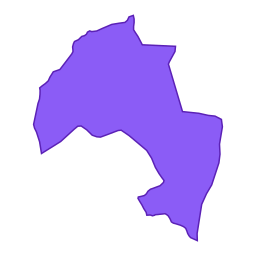 outline of Yaloké, Ombella-M'Poko, Central African Republic
{"feature_id": "33826404B87944665241134", "entity_name": "Yaloké", "entity_type": "district", "adm_level": 2, "iso_a3": "CAF", "parent_name": "Central African Republic", "parent_adm1": "Ombella-M'Poko", "projection": "natural_earth1", "projection_center": [16.962, 5.38], "detail": "fine", "context": "isolated", "style": "filled", "palette": "violet", "viewbox_px": 256, "rotation_deg": 0, "n_neighbors": 0, "source": "geoboundaries", "source_scale": "gbopen_adm2", "svg_char_len": 1478}
<svg xmlns="http://www.w3.org/2000/svg" viewBox="0 0 256 256"><path d="M41.5,153.5L60.7,141.5L74.3,129.1L77.8,126.2L81.2,126.0L86.7,129.8L92.2,135.2L96.8,136.8L100.5,137.1L105.7,135.2L118.1,130.5L121.2,130.2L129.1,135.6L146.7,150.4L151.6,158.2L155.4,167.4L159.1,173.7L161.9,177.7L164.0,180.5L163.5,182.4L160.1,185.7L152.3,188.6L150.5,189.2L148.0,191.2L146.3,193.9L144.4,195.5L141.5,196.3L138.3,197.0L138.0,198.4L140.1,202.0L141.9,204.9L143.8,208.6L146.2,212.4L146.8,215.2L150.3,215.0L152.5,215.8L154.7,215.2L155.2,214.7L158.0,214.5L159.4,214.3L162.6,214.0L165.1,213.7L166.5,214.5L168.1,215.7L169.9,218.5L171.4,221.9L173.3,223.1L175.9,223.8L180.4,225.2L183.5,226.6L185.7,228.3L186.9,231.1L187.7,233.5L189.1,235.9L190.6,237.6L197.3,240.6L197.1,233.6L198.6,224.0L201.7,204.3L206.5,193.7L211.7,184.9L218.9,162.9L220.0,154.2L219.5,144.1L222.4,126.8L221.4,119.4L215.0,116.1L208.3,115.4L198.9,113.3L182.5,111.6L168.4,64.1L169.4,61.7L175.0,51.5L175.5,46.3L142.3,44.8L137.9,36.4L135.7,33.1L133.6,29.8L133.6,26.5L134.1,22.6L134.1,19.0L133.3,15.4L129.0,16.9L127.4,20.3L125.0,22.4L119.2,23.2L111.8,24.4L102.4,28.4L96.7,31.0L91.7,31.6L89.7,30.9L87.5,32.1L86.4,34.3L84.4,35.7L81.8,36.4L78.4,39.7L74.5,41.5L73.5,43.6L72.6,46.9L72.9,49.7L73.0,51.6L71.8,53.9L64.5,63.5L59.9,69.5L53.3,71.8L49.9,77.2L48.3,80.8L45.3,83.6L42.1,85.9L39.7,87.9L40.1,90.4L40.0,94.4L39.5,99.1L38.0,103.5L33.6,124.4L34.5,128.0L36.5,132.1L39.6,141.8L41.5,153.5Z" fill="#8b5cf6" stroke="#5b21b6" stroke-width="1.5"/></svg>